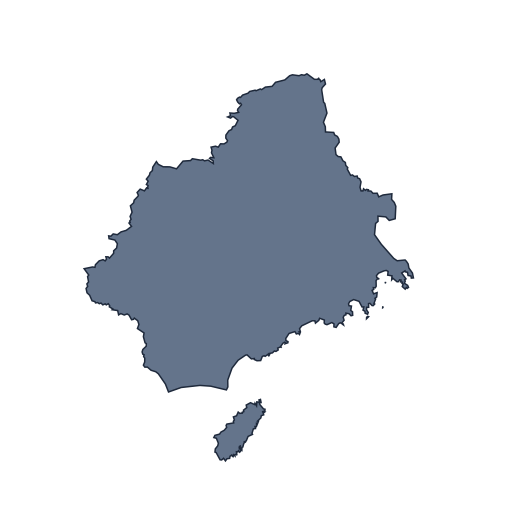 outline of Jember, Jawa Timur, Indonesia, rotated 310°
{"feature_id": "22746128B56085237319005", "entity_name": "Jember", "entity_type": "district", "adm_level": 2, "iso_a3": "IDN", "parent_name": "Indonesia", "parent_adm1": "Jawa Timur", "projection": "orthographic", "projection_center": [113.624, -8.266], "detail": "fine", "context": "isolated", "style": "filled", "palette": "slate", "viewbox_px": 512, "rotation_deg": 310, "n_neighbors": 0, "source": "geoboundaries", "source_scale": "gbopen_adm2", "svg_char_len": 6138}
<svg xmlns="http://www.w3.org/2000/svg" viewBox="0 0 512 512"><g transform="rotate(310 256 256)"><path d="M432.4,198.7L435.2,194.9L431.2,193.6L432.2,191.7L431.7,190.3L433.0,189.7L430.9,189.6L428.9,187.2L428.3,177.9L425.5,176.8L424.1,174.3L421.8,173.1L418.2,167.4L415.7,165.9L409.4,164.9L401.6,159.3L396.3,159.3L391.4,154.6L387.1,153.4L386.7,151.9L382.6,149.8L382.5,148.8L378.0,145.4L375.5,145.2L370.7,142.3L367.5,142.2L367.1,141.2L364.9,140.5L363.2,140.7L362.2,143.0L361.9,145.5L363.1,146.0L362.5,147.7L356.8,147.6L355.6,148.3L354.9,150.4L351.3,147.6L348.8,144.1L347.0,146.3L344.3,144.9L345.3,147.9L347.6,148.3L348.3,149.3L348.4,155.0L342.5,156.4L339.8,155.1L337.2,156.0L334.6,154.8L329.3,155.2L326.9,157.1L326.1,160.0L324.5,160.5L321.4,159.5L319.1,156.7L315.1,157.1L314.1,154.4L310.5,151.6L308.7,154.3L306.5,155.5L304.2,160.5L302.3,157.8L300.9,157.7L301.4,162.0L299.4,163.9L298.7,157.6L295.8,155.4L295.5,153.3L293.9,152.1L289.6,144.7L287.0,144.5L281.8,139.1L271.7,139.1L268.9,132.7L264.7,127.6L263.4,122.3L264.3,119.0L257.7,119.8L254.8,121.7L251.7,121.3L249.4,122.4L244.4,122.6L244.0,125.3L240.3,126.1L240.6,128.0L238.6,129.1L238.4,130.4L238.0,128.4L234.2,128.7L232.8,124.3L228.2,124.1L227.0,126.8L225.8,127.2L220.4,126.8L218.1,128.1L213.7,127.5L209.9,132.9L205.4,134.1L203.8,136.7L201.5,136.8L200.9,138.0L199.6,137.5L198.7,141.6L192.2,140.1L187.7,137.1L183.2,136.1L181.1,132.4L177.9,132.1L176.7,130.2L174.8,132.3L177.5,137.6L176.3,141.9L172.5,144.1L168.5,143.6L166.6,145.2L160.2,145.1L160.3,143.2L158.9,141.5L157.5,143.5L155.3,143.6L154.9,141.2L151.5,139.0L146.1,138.6L143.8,139.9L142.5,137.8L135.8,132.5L133.9,140.1L132.0,140.2L128.5,144.4L125.9,144.4L124.5,146.6L121.9,146.7L119.2,150.2L119.0,153.8L116.3,159.2L117.5,161.9L116.9,163.2L118.6,164.7L118.7,166.6L120.3,167.5L120.1,170.1L122.4,171.2L122.3,172.7L124.5,173.5L123.9,175.8L122.8,176.3L123.4,180.5L122.4,180.4L125.3,185.1L122.6,188.6L125.0,189.5L126.1,193.0L128.8,194.5L129.1,196.7L127.2,201.7L128.8,202.9L130.2,202.7L130.4,207.0L128.3,210.3L124.2,211.8L125.1,219.7L121.8,221.6L118.2,226.8L118.4,228.3L116.3,229.9L111.7,229.4L109.3,230.4L108.0,232.4L108.4,233.7L106.7,234.6L106.3,236.4L103.2,238.9L100.0,239.9L99.4,242.2L101.1,244.3L101.0,249.0L102.9,253.6L103.0,256.9L99.7,268.9L95.6,276.4L107.2,283.2L120.8,296.2L127.2,305.0L134.4,319.4L137.6,318.6L142.8,314.1L154.7,309.7L164.7,309.3L173.3,311.7L174.5,312.7L174.2,318.6L176.4,320.6L175.6,321.2L176.4,324.1L178.9,326.8L183.1,325.4L184.8,326.3L185.0,327.5L188.0,328.3L187.8,330.0L189.3,329.8L189.6,328.6L192.4,330.9L195.0,331.1L195.7,332.6L198.3,333.4L199.4,331.8L201.8,333.1L206.4,332.7L208.3,333.3L208.4,334.4L207.5,334.7L210.0,336.2L211.0,335.5L210.4,333.3L212.0,331.8L217.9,331.1L223.1,334.4L222.2,337.0L224.0,338.2L223.8,339.8L225.7,339.1L225.8,337.9L226.6,338.6L228.3,336.1L231.9,335.9L242.5,340.7L244.2,342.8L242.8,344.7L247.0,345.5L249.2,344.8L250.9,349.5L248.5,351.3L248.3,352.8L249.0,354.5L253.8,356.9L254.1,359.4L251.8,361.2L252.8,363.3L257.4,362.8L259.0,363.5L259.3,364.8L263.4,364.8L265.1,362.2L267.2,361.8L268.8,362.7L270.0,361.6L271.6,364.4L271.3,367.2L272.7,368.2L275.3,365.8L275.2,363.6L279.0,361.3L277.7,359.2L278.9,357.6L281.4,357.1L285.4,358.8L287.5,364.1L285.1,370.0L286.3,371.3L283.3,372.8L283.7,375.0L282.3,376.4L283.1,378.9L284.9,378.3L285.8,375.3L287.8,373.7L289.1,375.3L291.9,372.8L293.0,373.7L292.6,376.7L293.3,377.7L295.5,377.8L295.4,376.9L299.9,375.3L300.1,374.3L302.2,374.8L305.8,372.3L302.6,370.4L304.3,367.0L306.0,367.7L307.2,366.2L308.3,367.8L310.1,367.5L314.3,363.8L316.5,363.7L317.6,365.2L317.2,362.3L318.4,360.9L321.6,360.9L326.9,363.6L328.7,365.1L329.1,367.1L326.0,369.2L328.2,372.9L325.1,375.2L326.9,375.2L326.9,380.6L327.9,381.6L330.1,381.3L330.8,382.6L329.1,383.4L330.1,385.0L328.9,385.4L328.9,386.9L326.6,387.7L326.5,391.6L328.5,391.4L328.4,392.6L330.0,393.0L331.0,391.0L330.5,387.2L332.7,386.5L333.3,385.1L334.9,385.6L336.6,378.5L340.4,379.7L339.8,380.6L340.9,382.5L338.8,385.0L340.3,387.6L338.9,389.2L340.4,390.7L343.5,386.8L345.1,380.8L347.7,377.7L348.6,374.7L348.8,372.8L343.1,367.2L342.7,363.0L345.5,344.5L348.5,333.1L357.8,326.7L361.0,327.2L364.9,323.8L369.4,330.3L368.9,335.2L374.0,338.7L384.0,331.1L385.9,327.5L386.5,323.5L391.0,320.1L384.4,314.1L380.2,312.0L382.0,308.5L379.2,305.3L379.6,302.3L377.9,300.0L379.0,299.5L378.0,297.8L376.6,297.6L376.6,295.2L374.6,296.1L373.4,294.6L375.5,291.5L380.3,288.8L381.8,285.7L381.1,283.7L382.3,282.1L380.2,280.3L380.1,277.8L378.6,276.7L381.2,270.1L382.7,269.5L383.1,266.5L385.1,264.3L384.8,261.4L386.5,257.3L385.0,255.0L385.1,252.1L389.6,247.2L396.6,246.6L398.8,244.4L399.9,241.5L399.3,238.4L400.6,236.1L395.7,229.5L399.6,226.0L401.8,221.7L411.1,218.5L417.1,210.6L417.2,209.0L425.6,199.4L427.5,198.5L432.4,198.7ZM96.2,342.6L92.2,339.8L89.8,340.4L90.9,342.8L88.4,347.5L86.0,348.7L82.1,348.8L79.4,350.6L79.8,351.9L76.8,359.5L77.7,360.8L80.2,361.2L79.4,364.3L82.1,364.1L84.0,365.9L85.9,364.8L87.5,365.2L87.5,366.8L88.1,366.1L88.3,367.2L89.4,366.7L89.3,368.4L90.1,367.6L91.4,368.2L91.1,369.5L93.5,366.8L94.3,368.0L95.6,367.7L95.2,369.6L97.2,369.7L98.1,366.5L99.5,365.7L100.3,366.1L99.2,366.9L98.5,369.7L100.4,368.2L101.2,368.7L104.9,367.0L106.3,367.4L106.3,366.6L108.0,367.4L112.7,365.9L117.1,368.0L117.6,366.9L121.9,365.1L123.5,366.5L124.7,364.9L125.4,366.0L127.7,365.2L127.0,364.9L128.2,363.9L128.7,364.9L131.0,364.1L130.6,363.3L135.1,363.8L137.1,362.7L139.3,364.0L140.3,362.5L141.9,362.9L140.5,360.8L143.0,362.4L144.4,361.4L143.7,360.0L144.7,354.4L145.8,352.9L147.0,354.1L149.0,351.6L147.6,350.8L147.0,352.0L145.7,352.0L144.8,350.4L141.6,352.7L142.6,349.8L141.3,350.4L140.1,346.1L135.5,344.3L133.9,346.4L129.9,345.5L128.9,346.7L127.4,345.9L126.8,346.5L125.0,344.7L125.0,342.7L121.1,343.8L118.2,342.1L116.5,344.8L114.8,344.9L113.8,346.2L108.5,341.7L107.0,342.0L105.8,343.7L102.1,343.7L98.5,342.3L96.2,342.6ZM280.2,380.1L279.0,381.0L281.9,381.3L281.6,380.4L280.2,380.1ZM259.4,367.4L260.0,366.5L259.7,365.7L259.3,366.0L259.4,367.4ZM298.1,386.4L299.0,385.4L297.8,386.3L298.1,386.4ZM318.1,372.5L318.9,372.4L319.3,371.8L318.1,372.5ZM202.2,334.6L202.4,333.5L202.2,333.6L202.2,334.6Z" fill="#64748b" stroke="#1e293b" stroke-width="1.5"/></g></svg>